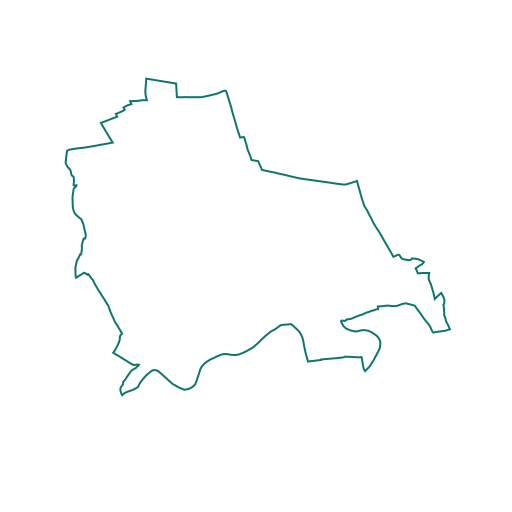 outline of Lunca Muresului, Alba, Romania, rotated 9°
{"feature_id": "2599482B93074518356645", "entity_name": "Lunca Muresului", "entity_type": "district", "adm_level": 2, "iso_a3": "ROU", "parent_name": "Romania", "parent_adm1": "Alba", "projection": "orthographic", "projection_center": [23.92, 46.432], "detail": "fine", "context": "isolated", "style": "outline", "palette": "teal", "viewbox_px": 512, "rotation_deg": 9, "n_neighbors": 0, "source": "geoboundaries", "source_scale": "gbopen_adm2", "svg_char_len": 6045}
<svg xmlns="http://www.w3.org/2000/svg" viewBox="0 0 512 512"><g transform="rotate(9 256 256)"><path d="M145.6,414.4L147.7,411.8L151.5,409.5L155.2,407.6L158.0,405.5L160.0,403.7L161.4,399.2L163.7,395.1L166.4,390.8L169.1,387.7L171.8,385.0L173.8,384.5L176.9,384.7L179.9,386.5L186.7,390.9L193.6,395.4L200.6,398.0L206.4,399.3L210.4,397.8L213.6,395.4L215.9,392.6L216.9,388.0L217.9,382.1L218.8,376.0L219.7,373.9L221.9,370.4L224.2,367.9L227.3,365.2L229.9,363.6L233.2,361.2L237.5,358.6L240.0,357.8L244.1,357.4L246.5,357.5L251.1,357.1L254.6,355.9L258.8,353.4L262.2,350.9L265.9,347.9L268.2,345.8L271.6,341.7L273.8,338.7L277.0,334.5L282.1,328.6L286.5,325.2L291.1,320.6L292.2,320.1L301.3,317.8L304.6,319.7L305.6,320.5L308.2,322.2L310.9,324.3L312.8,326.6L314.6,329.3L316.0,332.7L317.9,338.1L319.8,343.1L321.9,347.8L323.9,352.1L325.5,351.6L336.5,348.5L336.5,348.0L341.7,346.7L352.8,344.0L353.4,343.6L355.0,343.4L357.6,342.6L359.2,342.0L359.3,341.7L359.8,341.5L364.6,340.9L370.6,340.3L374.6,339.8L376.0,339.3L376.4,340.1L377.8,344.5L380.0,350.5L381.8,352.6L385.8,346.9L388.6,340.2L390.0,336.0L391.4,332.0L392.6,328.1L392.7,325.6L392.5,322.9L391.7,320.3L390.1,318.1L388.6,316.5L385.6,314.8L382.3,313.3L378.8,312.3L375.7,312.2L373.3,312.5L370.4,313.4L367.5,314.7L364.8,315.0L361.1,314.7L356.6,313.7L353.4,311.6L350.3,307.7L350.4,307.3L350.4,306.6L350.8,306.4L351.6,306.3L354.0,306.2L354.7,305.8L354.9,305.2L355.4,304.6L359.6,303.2L361.2,302.3L363.1,301.0L365.4,299.7L368.2,298.0L369.5,297.5L370.6,297.0L372.2,295.8L374.2,294.5L376.6,293.4L377.7,292.7L379.4,291.7L380.3,291.5L381.5,290.8L382.9,290.0L385.0,289.4L384.2,286.8L389.1,285.7L393.9,284.3L397.0,284.3L400.5,283.9L402.9,283.3L405.0,282.1L408.5,280.2L411.7,279.3L420.6,280.2L423.8,283.6L427.6,287.1L431.1,291.0L437.9,297.2L439.3,298.9L441.2,301.9L442.2,303.2L443.2,303.9L445.8,302.9L455.3,300.0L456.4,299.2L459.0,298.1L458.0,296.5L456.3,293.9L453.9,290.7L453.4,289.4L452.8,287.7L451.1,284.9L450.8,282.6L450.2,280.8L450.1,279.1L449.5,277.2L448.7,275.0L449.3,273.7L449.2,272.4L449.0,269.9L447.7,267.3L444.7,263.5L441.3,267.7L439.3,270.5L436.9,264.3L435.2,260.8L433.0,256.3L430.3,252.3L429.7,249.0L429.7,245.7L427.0,246.1L424.7,246.5L423.4,246.7L420.9,247.3L418.6,247.8L417.5,246.0L415.6,243.2L417.1,241.9L417.8,241.1L419.0,239.9L420.4,238.9L421.6,237.8L422.4,236.5L422.7,235.6L420.2,234.8L417.9,234.1L416.3,233.8L415.3,233.8L413.6,233.8L412.0,233.9L410.5,233.9L410.3,234.5L409.7,235.4L408.7,236.0L407.4,236.1L405.5,236.2L402.9,236.2L400.5,235.8L399.9,235.3L398.9,234.2L397.4,232.6L396.9,232.4L396.1,232.6L395.3,233.0L394.6,233.5L393.2,234.5L391.8,235.3L388.6,231.1L386.1,228.1L380.6,221.3L377.8,217.8L374.9,214.1L371.7,210.6L369.2,207.8L366.7,204.8L365.3,202.8L364.0,200.8L362.3,198.7L360.5,196.3L359.2,194.3L357.0,191.7L355.7,190.3L354.7,188.9L353.7,186.7L352.5,184.5L351.5,182.6L344.0,166.1L341.6,167.4L339.4,168.5L335.8,170.2L333.5,171.3L331.7,171.7L329.7,171.8L323.4,172.0L317.6,172.0L312.0,172.1L307.5,172.2L301.8,172.3L296.5,172.4L287.7,172.5L284.8,172.4L278.9,172.0L272.0,171.4L266.1,171.1L261.7,170.7L257.9,170.5L254.2,170.4L248.4,170.0L248.0,169.3L246.6,167.1L245.2,165.0L243.9,162.9L243.3,162.0L236.6,161.9L235.3,159.4L233.7,156.5L232.4,154.3L231.6,153.2L230.9,151.7L229.7,149.0L228.9,146.9L228.1,145.5L227.3,143.9L226.5,142.1L225.5,140.5L225.2,140.3L223.7,140.9L221.8,141.5L220.9,139.8L219.4,136.9L218.2,134.6L216.7,131.5L215.6,129.2L214.4,126.4L213.7,124.9L212.8,123.1L211.1,119.6L210.3,117.8L209.4,115.8L209.1,115.1L208.8,114.3L208.2,112.9L207.2,110.9L205.0,106.5L204.0,104.4L202.9,102.2L201.8,100.0L201.2,98.7L200.5,97.7L198.7,97.6L197.6,98.3L196.4,99.1L193.9,100.7L192.4,101.6L191.0,102.3L188.4,103.3L186.5,104.1L184.1,105.1L181.2,106.2L177.3,107.7L160.5,110.3L157.4,110.9L153.0,111.5L152.5,109.1L151.5,104.5L150.9,101.7L150.1,98.2L119.9,98.0L120.1,100.2L120.2,101.7L120.4,103.9L120.6,106.7L120.9,110.4L121.2,112.1L121.8,114.2L122.7,116.7L123.9,119.2L121.7,119.5L118.7,120.1L115.4,121.1L111.8,122.0L107.5,122.7L109.1,125.6L105.8,127.1L104.7,127.9L101.9,130.1L103.2,131.8L103.4,132.4L100.4,134.5L97.5,136.3L95.4,137.6L97.1,140.1L89.2,144.7L82.0,148.8L87.9,156.0L96.7,166.4L90.0,168.8L86.4,170.0L80.6,172.1L75.9,173.7L68.8,176.0L61.9,177.9L55.5,180.0L54.1,180.7L53.0,181.6L53.0,186.4L53.3,191.9L53.2,192.9L53.5,193.9L54.0,194.8L55.0,196.3L55.8,197.3L56.6,198.1L57.8,198.9L58.7,199.7L59.2,200.2L59.7,201.3L60.5,203.3L61.1,204.6L61.6,205.4L62.2,205.6L63.1,206.2L63.7,206.9L64.0,208.1L64.2,209.2L64.5,210.3L64.7,213.9L64.8,214.7L65.4,214.9L66.4,214.6L67.5,214.2L67.5,214.9L67.1,215.9L66.3,216.9L65.6,217.9L65.4,218.4L65.4,220.0L65.5,223.6L65.5,226.2L66.6,232.2L67.1,235.0L67.7,237.2L68.4,239.0L69.3,240.6L70.0,241.7L71.0,242.8L72.4,243.9L73.7,244.7L75.0,245.5L76.1,246.2L77.6,246.9L78.1,247.6L79.4,249.8L80.4,251.4L81.7,254.5L82.5,256.7L83.7,259.6L84.5,261.4L84.7,263.4L84.5,265.5L83.0,265.8L83.0,266.4L82.6,268.8L82.4,271.3L82.3,272.5L82.4,274.0L82.8,275.0L83.0,276.7L83.0,279.2L83.0,280.6L82.8,282.0L81.9,282.2L81.7,283.1L81.2,284.9L81.0,285.8L80.5,286.9L79.9,288.1L79.8,289.3L79.7,291.0L79.5,294.0L79.5,296.0L79.7,297.0L80.2,300.2L80.4,301.3L81.2,304.6L81.9,304.6L82.0,305.4L84.2,303.4L86.9,301.2L88.7,299.4L89.2,299.5L90.0,299.9L90.6,299.8L91.4,300.4L92.1,300.3L92.9,300.9L93.5,300.3L95.2,302.1L97.4,304.3L97.9,304.4L99.0,305.7L101.1,308.8L104.3,312.7L105.3,313.9L107.3,316.2L109.3,318.4L111.0,320.3L113.2,322.8L114.8,324.7L116.6,326.8L117.5,327.7L118.6,329.5L120.0,332.1L121.7,335.1L126.1,341.7L126.6,342.6L128.1,344.4L129.7,346.1L135.9,353.6L134.7,355.2L134.2,356.7L134.3,358.1L134.5,359.1L134.4,360.7L134.1,363.0L132.5,368.3L131.2,371.6L130.1,373.9L133.1,375.2L136.5,376.4L138.6,377.4L140.8,378.3L144.4,379.8L147.3,381.1L151.1,382.6L152.5,382.8L154.4,382.2L156.4,381.7L157.0,381.7L157.4,381.8L157.3,382.2L156.5,383.2L155.7,384.0L154.9,385.4L153.1,386.7L151.8,387.8L150.4,389.6L148.2,394.0L147.4,395.7L146.8,397.1L146.4,398.4L145.3,399.8L144.5,401.3L144.7,402.9L144.3,404.6L143.4,405.9L142.8,407.9L143.1,410.1L144.6,413.1L145.6,414.4Z" fill="none" stroke="#0f766e" stroke-width="2"/></g></svg>